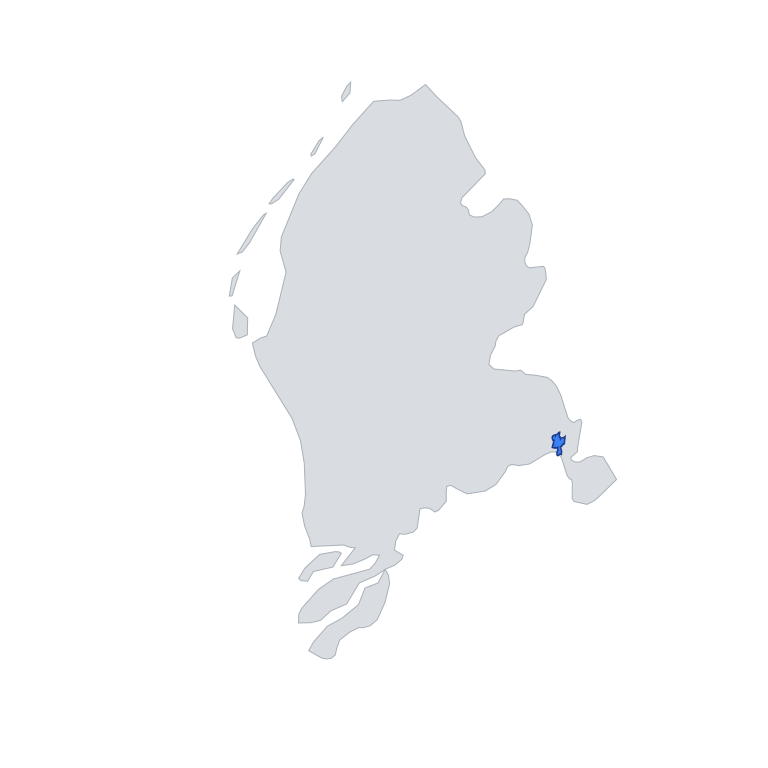 Maasgouw, Limburg, Netherlands shown in context, rotated 314°
{"feature_id": "6326949B12614711390574", "entity_name": "Maasgouw", "entity_type": "district", "adm_level": 2, "iso_a3": "NLD", "parent_name": "Netherlands", "parent_adm1": "Limburg", "projection": "natural_earth1", "projection_center": [5.882, 51.158], "detail": "fine", "context": "in_parent", "style": "filled", "palette": "blue", "viewbox_px": 768, "rotation_deg": 314, "n_neighbors": 0, "source": "geoboundaries", "source_scale": "gbopen_adm2", "svg_char_len": 5881}
<svg xmlns="http://www.w3.org/2000/svg" viewBox="0 0 768 768"><g transform="rotate(314 384 384)"><path d="M476.9,617.6L463.9,617.2L451.7,616.9L445.3,616.1L438.4,613.6L435.3,608.5L431.5,602.3L432.6,598.6L444.0,587.9L445.7,584.9L444.5,583.3L445.7,578.6L454.4,562.6L455.5,556.2L451.6,551.7L446.0,549.1L427.7,544.3L419.0,537.7L414.9,531.8L410.9,530.2L404.9,532.2L389.7,534.3L377.4,531.2L362.8,520.2L359.5,510.3L357.7,502.8L354.1,500.2L349.2,504.0L343.0,510.2L330.8,510.9L327.3,509.5L326.7,506.1L326.0,502.8L322.7,498.8L319.1,496.6L303.5,507.9L297.7,507.9L290.5,503.5L286.9,499.2L278.9,501.7L271.8,506.9L274.1,516.8L270.3,518.6L261.4,517.7L251.5,513.6L240.4,511.2L223.6,504.4L200.0,509.9L183.7,503.3L170.1,502.6L161.7,497.4L152.7,488.5L159.2,482.6L165.5,480.6L190.4,479.5L208.4,483.0L240.8,502.3L249.0,502.2L257.7,499.7L253.3,494.5L245.2,492.0L233.2,486.8L223.6,479.5L246.2,477.1L243.1,473.4L240.2,466.9L216.5,444.5L220.7,438.5L226.8,425.4L234.3,414.6L240.3,411.7L250.2,404.1L271.6,381.7L285.2,363.4L295.4,341.8L310.5,282.2L314.9,272.1L322.0,260.9L330.9,263.1L337.1,266.3L359.0,257.8L396.5,235.8L407.6,216.8L418.5,208.0L461.5,190.8L485.2,185.7L521.8,184.3L548.3,181.3L580.1,180.2L592.2,190.8L599.3,198.5L610.6,202.9L628.2,205.8L627.3,221.2L627.6,251.5L626.3,256.9L618.5,269.7L610.3,292.8L608.1,307.9L605.6,310.8L572.1,310.7L567.4,313.3L566.7,316.6L568.4,320.5L567.6,324.4L565.0,327.6L566.5,332.6L572.3,338.3L582.9,341.8L594.2,342.1L600.1,341.5L604.4,345.6L608.6,351.9L608.3,359.8L606.8,370.4L601.4,380.3L586.0,391.6L579.1,395.6L572.6,397.6L569.5,400.6L568.0,404.4L568.4,407.8L579.4,416.9L579.2,419.0L576.0,423.7L571.8,428.2L543.3,437.4L531.6,436.7L524.9,441.3L522.8,442.2L515.3,438.0L498.7,433.1L492.4,434.8L489.0,437.4L478.5,440.7L471.0,445.8L471.0,452.4L484.3,469.3L488.9,472.7L489.2,479.0L495.6,487.0L502.2,496.9L502.9,503.3L502.2,509.7L498.8,518.8L487.3,540.1L487.1,544.2L488.1,547.3L492.1,548.2L495.1,549.8L494.2,552.7L472.6,567.5L469.9,570.1L460.8,569.4L459.4,571.8L460.7,575.8L464.2,579.3L471.9,581.2L478.5,584.9L483.8,592.3L476.9,617.6ZM251.5,513.6L249.6,519.8L244.5,526.6L227.6,536.4L209.9,542.8L200.8,542.0L194.6,538.7L191.3,535.1L181.9,531.7L169.0,530.0L160.9,533.7L155.1,537.2L150.1,536.6L146.3,533.7L143.5,529.2L139.8,515.1L149.5,512.5L170.4,511.5L186.5,516.5L207.7,518.9L224.1,512.1L236.8,517.9L251.5,513.6ZM216.7,456.1L229.1,465.0L231.7,467.8L232.6,470.9L216.8,474.4L200.1,463.5L189.0,466.1L184.9,460.9L184.8,457.7L196.4,455.0L216.7,456.1ZM336.9,240.0L324.4,251.5L316.8,248.3L314.6,245.6L318.5,236.7L337.1,221.8L336.9,240.0ZM392.5,189.1L380.8,190.4L375.5,188.1L403.8,181.7L421.7,179.8L424.9,180.7L392.5,189.1ZM468.5,177.3L443.7,179.9L435.3,177.9L433.9,176.1L440.7,175.0L461.8,174.7L468.4,176.3L468.5,177.3ZM365.2,201.7L341.8,213.5L339.8,211.6L354.9,201.3L365.2,201.7ZM569.7,157.3L558.1,157.9L561.4,153.6L572.2,150.4L578.0,150.4L569.7,157.3ZM519.3,168.9L501.7,174.4L497.4,173.3L498.5,171.7L514.0,168.2L519.3,168.9Z" fill="#d9dde1" stroke="#a8b0b8" stroke-width="1"/><path d="M471.4,543.9L471.2,543.7L470.8,543.7L470.7,543.5L470.4,543.5L470.1,543.5L469.7,543.5L469.4,543.5L469.2,543.5L468.9,543.5L468.7,543.5L468.2,543.5L468.0,543.4L467.5,543.2L467.3,543.2L467.2,543.1L466.6,542.6L465.7,543.2L465.8,542.9L466.0,542.8L466.0,542.6L466.0,542.4L465.9,542.3L465.8,542.2L465.7,542.1L465.3,541.9L465.1,541.8L464.2,541.5L463.9,541.6L463.8,541.8L463.5,541.6L463.4,541.6L463.0,541.8L462.9,541.8L462.7,541.9L462.6,542.0L462.3,542.2L462.2,542.3L462.1,542.5L461.8,543.0L461.6,543.1L461.4,543.5L461.4,543.8L461.3,544.1L461.2,544.3L460.9,544.5L460.8,544.8L460.9,545.0L461.0,545.1L461.3,545.4L461.5,545.5L460.8,545.9L460.7,546.0L459.4,546.7L459.3,546.8L459.2,546.9L458.8,547.1L458.6,547.2L458.6,547.3L458.3,547.4L458.2,547.5L458.3,547.6L458.4,547.8L458.6,548.0L458.8,548.1L458.6,548.1L458.2,547.8L458.1,547.7L457.9,547.6L457.7,547.7L457.5,547.8L457.4,547.8L456.4,548.4L456.3,548.5L456.1,548.6L455.5,548.9L455.6,549.0L455.4,549.3L455.5,549.4L455.5,549.5L455.6,549.8L455.8,549.9L455.9,550.0L456.0,550.0L456.3,550.2L456.3,550.3L456.3,550.5L456.3,550.8L456.5,550.8L456.7,551.0L456.9,551.1L457.0,551.1L456.9,551.3L456.7,551.6L456.8,551.7L457.2,551.9L457.4,552.0L457.5,552.2L458.0,552.5L458.0,552.4L458.1,552.5L458.3,552.6L459.2,553.1L458.7,553.4L458.3,553.5L458.2,553.6L457.9,553.8L457.8,554.0L457.6,554.3L457.7,554.5L457.6,554.9L457.6,555.0L457.4,555.3L457.2,555.4L456.9,555.4L456.7,555.4L456.3,555.4L456.1,555.4L455.9,555.4L455.7,555.5L455.4,555.6L455.1,555.7L455.0,555.8L454.8,555.9L454.7,556.0L454.4,556.4L454.3,556.6L454.1,556.8L453.9,557.0L453.7,557.1L453.5,557.3L453.3,557.4L453.3,557.6L453.2,557.8L453.1,558.1L453.1,558.3L453.1,558.6L453.3,558.7L453.4,558.8L453.5,559.0L453.9,559.2L454.2,559.2L454.3,559.2L454.7,559.1L454.9,559.1L455.1,559.1L455.3,559.1L455.5,559.1L455.8,559.3L456.0,559.5L456.3,559.7L456.3,559.8L456.4,560.0L456.4,560.3L456.4,560.5L456.5,560.5L456.6,560.2L456.8,559.9L457.0,559.8L457.2,559.7L457.3,559.7L457.5,559.6L457.8,559.6L457.9,559.4L458.3,558.9L458.6,558.9L459.4,557.9L459.5,557.6L461.3,554.7L461.6,554.8L461.8,554.8L461.8,554.7L462.1,554.8L462.3,554.7L462.5,554.7L462.7,555.0L463.1,554.7L463.2,554.8L463.3,554.8L463.6,554.7L463.6,554.8L464.0,554.7L464.3,554.6L464.6,554.5L464.7,554.8L464.9,554.8L465.0,554.8L465.2,555.0L465.3,555.0L465.9,554.7L466.2,555.0L466.3,555.2L466.6,555.0L466.9,554.7L468.2,553.7L468.4,553.6L468.6,553.4L469.1,553.0L470.4,552.0L470.6,551.9L470.8,551.7L471.5,551.1L471.9,550.8L471.7,550.8L471.3,550.7L471.1,550.6L470.9,550.6L470.7,550.5L470.4,550.6L470.1,550.5L469.9,550.4L469.7,550.2L469.4,549.9L469.0,549.6L468.4,549.2L468.1,549.1L467.8,549.0L467.7,549.0L467.2,549.1L467.3,549.0L467.3,548.9L467.5,548.8L468.2,547.7L467.6,547.5L467.8,547.1L467.9,546.8L468.1,546.6L468.3,546.4L468.4,546.2L468.5,546.1L468.9,545.7L469.1,545.5L469.3,545.3L469.5,545.2L469.8,545.0L471.4,543.9Z" fill="#3b82f6" stroke="#1e3a8a" stroke-width="1.5"/></g></svg>